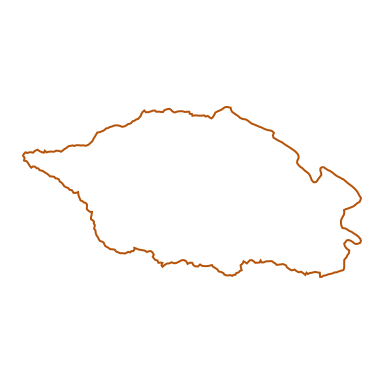 the district of Tapira, Minas Gerais, Brazil
{"feature_id": "56859067B4018711092229", "entity_name": "Tapira", "entity_type": "district", "adm_level": 2, "iso_a3": "BRA", "parent_name": "Brazil", "parent_adm1": "Minas Gerais", "projection": "mercator", "projection_center": [-46.869, -19.913], "detail": "fine", "context": "isolated", "style": "outline", "palette": "amber", "viewbox_px": 384, "rotation_deg": 0, "n_neighbors": 0, "source": "geoboundaries", "source_scale": "gbopen_adm2", "svg_char_len": 5271}
<svg xmlns="http://www.w3.org/2000/svg" viewBox="0 0 384 384"><path d="M88.7,144.6L85.8,145.8L83.3,145.3L81.0,145.5L78.2,145.2L75.9,145.3L74.2,146.0L72.6,145.4L70.7,145.8L68.5,146.2L66.5,147.9L64.4,149.1L62.9,150.4L61.0,151.7L58.8,150.9L56.2,150.7L54.1,151.7L50.8,151.6L48.4,151.8L46.5,152.4L44.8,150.7L43.8,152.7L41.9,152.2L39.6,151.2L37.5,149.7L34.9,150.9L33.0,152.7L31.0,152.2L29.0,152.4L27.4,153.0L25.5,152.3L23.8,154.0L23.0,155.7L24.6,157.8L24.0,160.5L26.9,161.4L28.4,163.7L29.9,166.1L31.3,167.7L32.8,166.5L35.1,166.7L36.6,168.2L38.3,168.4L39.6,170.2L42.6,170.8L44.7,172.3L47.1,173.7L48.7,175.1L50.0,176.3L52.3,176.5L54.4,176.9L55.3,178.3L57.1,178.5L58.9,179.4L59.8,181.6L61.5,182.6L63.0,184.3L64.2,186.2L66.4,187.4L68.3,188.1L69.5,189.8L71.9,190.2L73.5,192.9L75.9,192.9L78.1,192.1L78.5,195.2L79.4,197.7L80.6,200.5L82.4,201.1L83.7,202.4L85.7,202.9L87.0,204.5L86.9,206.8L86.8,209.1L88.2,210.5L90.0,211.9L92.0,211.9L91.6,214.8L91.0,217.4L91.0,219.3L92.8,220.3L94.0,221.8L93.8,223.5L94.8,225.0L94.5,227.0L94.1,228.7L95.5,230.5L95.6,232.4L96.3,234.9L97.7,237.0L98.8,239.2L99.9,240.9L101.9,241.6L103.6,242.5L104.4,244.4L105.4,246.2L108.0,247.5L110.1,249.1L112.3,249.3L114.7,249.6L116.1,251.5L117.9,252.2L120.1,253.2L122.6,253.2L125.2,253.5L128.2,251.9L130.2,252.4L131.4,251.1L133.2,251.1L134.4,249.7L134.3,247.9L135.9,248.4L138.2,249.4L141.4,250.0L144.7,250.6L147.0,252.0L148.9,251.2L150.8,251.1L152.3,252.2L153.8,254.7L152.7,256.8L153.8,258.2L155.2,259.9L157.5,260.5L158.4,262.8L160.7,262.6L162.4,262.9L161.5,265.3L162.5,266.8L163.8,265.6L165.3,264.5L167.1,263.5L169.1,263.4L171.7,262.3L173.7,263.2L176.0,263.1L178.1,262.1L179.9,261.2L181.8,260.2L184.1,260.1L186.2,261.3L187.6,263.9L189.7,262.7L192.2,262.8L193.3,265.0L195.0,266.3L197.9,266.5L200.1,264.5L202.2,265.9L205.7,266.2L208.0,266.0L210.0,265.6L211.9,265.0L213.0,266.8L215.0,267.8L217.3,269.4L218.7,271.4L221.4,272.1L223.4,273.1L224.3,274.6L226.6,275.4L228.6,275.4L230.4,275.1L232.2,275.9L233.6,274.8L235.4,274.8L236.2,273.1L238.5,272.5L239.9,270.9L241.7,270.2L241.0,268.0L240.6,265.2L242.6,263.5L243.6,261.3L245.3,262.4L246.9,263.4L248.5,261.7L250.0,260.2L251.8,260.1L253.7,261.3L255.3,262.8L257.4,262.7L259.5,262.5L260.6,260.5L261.6,262.4L263.5,262.4L265.9,261.4L267.8,261.3L269.6,261.2L271.8,261.1L273.7,262.6L275.3,263.4L276.5,264.8L278.6,264.7L280.7,264.4L283.1,264.1L285.9,265.3L286.9,267.2L288.9,268.8L291.4,270.3L293.2,270.1L294.7,269.6L296.5,271.1L298.9,272.3L301.1,271.7L303.3,273.2L305.3,274.9L306.5,272.7L307.9,274.0L309.9,273.0L312.1,272.7L315.0,271.9L317.9,272.5L319.8,272.7L319.9,274.8L320.2,277.0L322.0,276.8L323.3,275.7L325.3,275.5L327.3,274.7L329.1,274.1L330.8,273.8L332.6,273.4L334.5,272.4L336.4,272.4L338.3,271.6L340.7,270.8L343.4,270.1L344.2,267.8L344.2,265.3L344.2,262.6L344.3,259.7L345.5,258.4L346.6,257.0L347.4,255.3L348.9,253.1L349.3,250.4L347.1,249.0L345.8,247.5L344.8,246.0L344.2,243.6L345.7,241.9L346.7,240.4L348.5,240.0L350.8,240.8L352.6,241.9L354.2,243.3L355.8,244.0L357.7,243.8L360.2,242.8L361.0,240.9L360.2,238.7L358.5,236.7L356.2,234.9L353.2,233.0L351.4,231.7L349.2,230.9L347.5,229.6L345.4,228.5L342.5,228.0L341.3,225.5L341.0,223.4L340.9,220.9L341.7,218.6L342.8,216.6L343.9,214.7L344.3,212.5L344.0,210.1L346.0,209.1L347.7,208.6L349.6,207.9L351.4,207.2L353.3,206.4L355.2,205.0L357.4,203.1L359.7,201.8L360.6,199.6L360.9,197.7L359.6,196.0L358.8,194.4L357.1,191.4L355.3,189.3L353.7,187.7L351.9,186.2L350.2,184.9L348.7,183.8L346.5,182.0L344.8,180.5L343.5,179.4L341.5,178.5L339.7,177.4L338.2,176.7L335.9,175.4L334.0,173.8L331.7,172.0L329.6,170.8L327.5,169.8L325.3,168.3L323.6,167.2L321.7,167.3L320.4,168.4L320.4,170.8L321.2,173.0L321.3,175.0L319.8,177.0L318.2,179.1L317.1,181.0L315.8,182.1L313.7,182.3L311.7,180.1L310.8,177.6L309.9,175.5L308.7,173.6L307.1,172.3L304.9,170.7L302.5,168.3L300.0,166.6L298.5,165.0L297.1,163.0L297.3,160.6L298.5,158.4L298.6,156.1L297.7,154.0L296.1,152.2L294.4,150.7L292.8,149.6L290.9,148.3L288.8,146.9L287.2,145.9L285.3,144.7L283.7,143.6L282.3,142.5L280.3,141.5L277.9,140.3L275.7,139.0L273.5,137.7L272.9,135.3L273.9,132.9L272.5,131.4L270.8,130.5L268.8,130.3L266.4,129.7L264.2,128.8L261.3,127.4L258.5,126.4L256.2,125.3L254.1,124.5L251.7,123.6L249.6,122.0L247.5,120.4L245.7,119.4L243.9,119.2L242.3,118.9L240.2,117.9L238.2,116.1L236.3,114.8L233.9,113.2L231.9,111.6L231.1,109.7L230.6,107.7L228.8,107.3L227.1,107.0L225.4,107.1L223.7,108.0L222.0,109.4L219.3,110.7L217.1,111.6L215.5,112.5L214.3,114.7L213.0,117.0L211.5,118.4L209.7,117.5L207.8,115.9L205.8,116.6L204.2,115.4L201.2,115.7L198.8,115.7L196.7,115.4L194.6,115.4L192.4,115.8L191.9,114.0L189.7,113.8L189.3,111.8L187.5,111.7L185.3,112.0L182.5,111.3L180.1,111.2L177.6,111.5L174.6,112.5L172.3,111.3L171.1,109.8L169.3,108.8L167.6,109.1L165.8,109.6L164.2,110.4L163.0,112.0L161.2,112.0L159.0,111.6L156.4,111.8L154.9,110.5L152.7,110.7L150.6,111.5L148.3,112.2L145.9,112.3L144.3,110.5L142.8,111.8L141.4,113.8L140.9,115.7L139.5,117.3L138.1,118.9L136.2,119.5L134.5,120.7L132.6,121.3L131.1,123.1L129.6,123.8L127.8,124.2L126.2,125.5L124.4,126.4L122.0,126.8L120.0,125.9L117.4,125.3L114.4,125.5L111.9,126.5L109.6,127.1L108.0,128.1L106.0,128.5L104.8,129.7L103.3,130.7L101.4,131.5L99.7,132.1L97.2,132.6L95.9,134.9L94.8,136.8L93.7,138.4L92.3,141.3L90.6,142.8L88.7,144.6Z" fill="none" stroke="#b45309" stroke-width="2"/></svg>